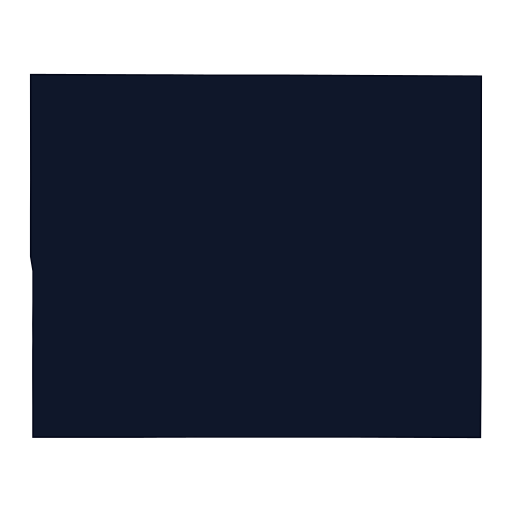 Oklahoma, Oklahoma, United States of America
{"feature_id": "52423323B99277183073993", "entity_name": "Oklahoma", "entity_type": "district", "adm_level": 2, "iso_a3": "USA", "parent_name": "United States of America", "parent_adm1": "Oklahoma", "projection": "mercator", "projection_center": [-97.512, 35.551], "detail": "fine", "context": "isolated", "style": "filled", "palette": "ink", "viewbox_px": 512, "rotation_deg": 0, "n_neighbors": 0, "source": "geoboundaries", "source_scale": "gbopen_adm2", "svg_char_len": 550}
<svg xmlns="http://www.w3.org/2000/svg" viewBox="0 0 512 512"><path d="M30.7,74.6L30.8,180.8L30.7,211.1L30.7,256.4L33.1,271.0L33.1,278.3L33.1,294.1L33.1,301.9L32.9,324.1L33.0,339.3L33.0,341.6L32.9,350.9L32.9,376.6L33.0,406.9L33.0,437.1L114.4,437.1L122.4,437.1L140.3,437.1L159.9,437.0L174.9,437.0L197.3,436.9L212.3,436.9L227.5,436.9L242.5,436.9L331.8,436.9L346.8,436.9L480.4,437.4L480.8,377.2L480.9,347.0L481.3,76.2L391.6,75.8L286.4,75.3L211.2,75.3L166.0,75.0L150.9,75.0L60.8,74.7L30.7,74.6Z" fill="#0f172a" stroke="#020617" stroke-width="1.5"/></svg>